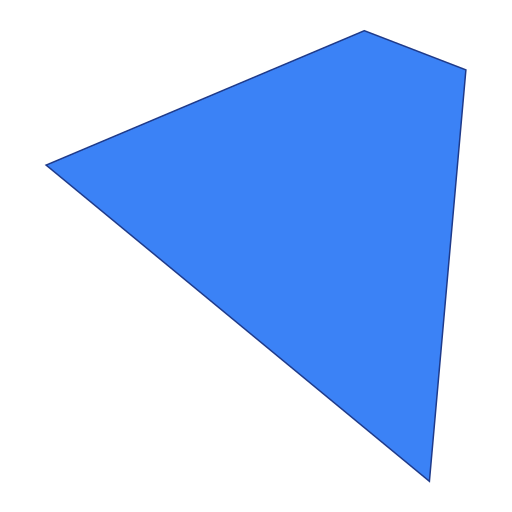 an SVG outline of Rose Atoll
{"feature_id": "ASM-5000", "entity_name": "Rose Atoll", "entity_type": "state/province", "adm_level": 1, "iso_a3": "ASM", "parent_name": "American Samoa", "parent_adm1": "", "projection": "mercator", "projection_center": [-168.164, -14.526], "detail": "fine", "context": "isolated", "style": "filled", "palette": "blue", "viewbox_px": 512, "rotation_deg": 0, "n_neighbors": 0, "source": "natural_earth", "source_scale": "10m", "svg_char_len": 189}
<svg xmlns="http://www.w3.org/2000/svg" viewBox="0 0 512 512"><path d="M429.4,481.3L46.1,165.1L364.3,30.7L465.9,69.9L429.4,481.3Z" fill="#3b82f6" stroke="#1e3a8a" stroke-width="1.5"/></svg>